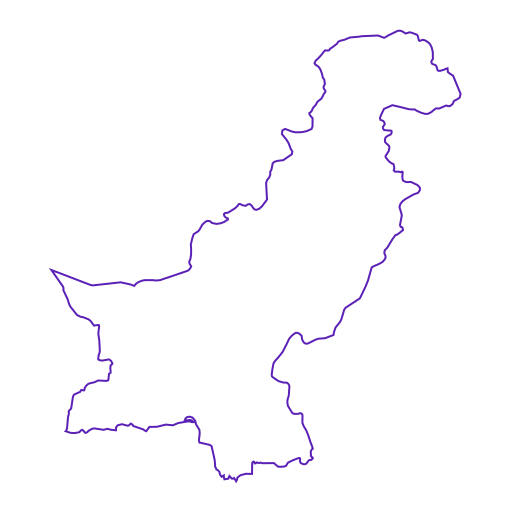 map outline of Pakistan (Equal Earth projection)
{"feature_id": "PAK", "entity_name": "Pakistan", "entity_type": "country or territory", "adm_level": 0, "iso_a3": "PAK", "parent_name": "Asia", "parent_adm1": "", "projection": "equal_earth", "projection_center": [69.806, 30.395], "detail": "fine", "context": "isolated", "style": "outline", "palette": "violet", "viewbox_px": 512, "rotation_deg": 0, "n_neighbors": 0, "source": "natural_earth", "source_scale": "50m", "svg_char_len": 5989}
<svg xmlns="http://www.w3.org/2000/svg" viewBox="0 0 512 512"><path d="M453.1,75.7L460.6,93.9L459.6,97.7L456.9,99.5L454.2,100.8L453.6,101.5L453.4,102.5L452.2,104.5L449.7,106.2L447.6,106.0L446.2,105.5L439.2,108.5L435.9,108.4L433.4,110.3L431.5,112.0L427.8,113.9L425.2,113.9L421.3,112.8L416.6,110.7L414.6,109.4L412.9,109.5L408.8,109.2L399.8,106.9L392.4,105.2L384.0,108.9L381.3,114.5L380.4,116.6L380.0,118.0L380.4,119.8L383.3,121.0L384.5,122.7L384.7,124.2L382.9,127.0L382.9,128.1L383.4,129.2L384.1,130.0L388.2,130.5L390.6,130.5L391.5,130.9L391.7,132.4L390.8,134.4L387.4,136.0L385.5,137.6L384.9,139.9L385.0,141.7L385.7,142.8L388.9,145.7L389.4,147.0L389.2,148.7L388.7,151.1L385.6,155.9L385.5,156.6L385.9,157.6L389.0,161.4L391.5,163.3L393.0,163.8L393.5,164.2L394.1,166.4L394.3,168.6L393.7,170.3L395.0,171.7L398.2,171.6L400.9,172.2L402.0,171.6L402.7,172.1L402.3,177.1L402.8,180.1L403.5,180.9L406.1,182.1L411.1,182.0L417.4,185.0L419.2,186.8L420.0,188.1L419.8,190.3L418.1,192.8L413.5,194.5L405.2,199.2L402.6,201.2L400.6,203.6L399.9,205.4L399.5,207.2L401.4,213.5L401.8,215.5L400.0,225.0L400.6,226.8L402.4,227.4L403.0,230.1L399.9,232.6L396.7,234.9L395.6,234.9L392.5,239.1L387.4,247.5L384.7,250.4L384.3,253.2L385.4,255.6L385.6,257.7L384.5,259.7L382.5,262.0L378.7,264.1L373.8,266.2L371.7,267.4L368.0,280.5L365.4,286.9L360.9,296.3L359.8,298.4L345.5,307.8L344.2,309.7L341.4,319.2L340.1,321.8L335.5,327.6L334.0,332.0L333.5,335.0L325.1,338.2L318.6,338.7L315.9,339.5L307.9,343.5L305.9,343.7L304.4,343.0L303.2,341.6L302.1,339.3L301.6,335.8L300.0,334.2L297.9,332.9L295.7,332.8L293.5,334.3L291.6,335.9L289.1,338.9L286.6,344.2L282.7,351.8L278.3,357.4L275.6,360.3L274.2,362.1L273.4,363.9L272.3,369.8L271.7,374.9L271.9,376.1L272.6,377.1L278.5,381.1L283.1,382.5L286.9,382.7L288.3,383.8L289.2,385.3L289.4,386.5L288.8,395.4L287.4,400.3L287.4,403.2L288.0,406.0L292.3,413.0L293.8,413.8L297.1,413.9L298.5,413.8L300.2,413.1L301.4,413.5L302.3,414.4L302.5,415.8L302.4,422.9L303.7,426.1L306.3,430.5L308.3,435.5L310.2,441.4L312.0,446.1L312.8,448.6L311.6,449.7L310.9,451.0L310.7,452.6L311.0,454.3L310.8,455.6L311.7,457.1L312.7,457.6L312.7,458.6L311.1,460.0L309.7,459.9L308.6,460.6L306.5,463.5L305.5,464.0L304.1,464.3L302.7,464.0L300.6,462.9L299.9,461.0L300.2,459.1L299.7,458.0L298.2,458.2L293.0,460.2L288.0,462.6L286.0,465.9L283.7,466.6L280.3,466.8L278.0,466.6L273.9,463.1L262.4,463.2L260.6,462.6L258.9,463.1L256.7,462.4L255.7,463.3L254.8,463.4L254.1,461.8L253.6,461.6L253.0,461.9L252.5,462.4L252.2,463.3L252.0,473.9L245.9,473.8L240.5,475.2L237.4,477.6L237.0,479.7L236.1,481.3L234.8,479.0L234.0,478.0L233.1,478.7L231.8,478.6L229.4,476.0L228.3,478.7L224.4,479.3L223.9,477.3L223.8,475.4L221.6,476.8L220.1,474.7L219.4,472.0L218.1,470.4L216.5,469.4L215.1,466.5L215.0,463.4L214.6,459.7L211.6,446.2L209.8,444.9L199.4,442.5L198.9,440.1L199.7,433.8L199.4,429.8L196.1,424.5L195.2,420.8L192.5,417.6L189.8,416.7L187.1,417.1L185.6,418.3L184.7,420.5L190.6,420.0L191.9,420.7L193.5,422.1L191.8,422.1L189.9,421.4L187.4,421.5L178.3,423.0L172.9,425.3L165.8,424.6L156.8,426.8L149.4,426.9L146.3,431.2L144.6,430.5L143.3,429.4L133.2,426.0L132.5,424.6L130.8,423.6L128.9,425.4L127.5,425.7L122.0,424.2L117.7,425.3L116.1,427.3L115.9,430.3L110.5,429.7L107.5,428.8L103.5,429.8L94.4,428.4L92.0,428.8L88.6,430.8L87.2,432.3L85.2,432.9L83.5,430.8L82.2,429.8L81.0,430.4L79.3,432.2L74.6,433.1L70.3,432.8L65.7,431.2L66.3,430.6L67.1,427.7L68.0,417.3L68.9,413.5L68.7,411.5L68.9,410.9L70.7,409.0L71.2,408.3L72.9,397.1L73.7,395.0L74.5,394.4L80.2,391.8L81.2,390.0L84.1,390.4L84.4,390.0L84.7,388.0L86.1,385.8L88.1,384.0L89.5,383.4L94.6,382.2L97.6,380.7L98.5,380.5L106.5,380.9L108.2,380.3L108.4,379.7L109.0,373.8L110.5,372.8L110.7,372.3L110.3,368.2L110.6,365.5L112.3,363.9L112.2,362.9L111.1,361.0L109.6,359.7L108.8,359.4L102.3,360.6L99.6,360.2L98.4,359.5L98.1,359.0L98.4,357.8L98.5,355.8L99.5,352.8L99.8,351.0L99.3,340.5L98.3,333.6L99.1,326.7L99.0,325.3L98.8,325.0L98.0,325.0L94.0,325.6L90.8,321.2L88.7,319.4L83.1,317.2L80.6,316.8L76.9,314.9L70.3,306.5L69.0,303.8L67.6,299.1L63.4,290.3L63.5,288.0L63.0,286.6L51.4,270.0L90.1,284.8L92.7,285.4L120.7,282.3L131.0,284.6L134.2,285.9L136.2,283.6L138.6,282.0L141.9,280.7L145.2,280.1L153.0,280.1L155.3,280.5L159.8,280.2L187.6,270.8L189.0,269.8L190.5,267.9L191.2,266.3L189.5,263.7L189.3,261.5L190.5,258.6L191.1,254.3L191.1,248.1L190.8,244.5L192.4,237.9L193.7,234.2L198.0,231.4L198.8,230.6L199.5,229.7L202.3,224.7L204.8,222.3L207.2,220.9L209.8,221.1L212.1,223.0L216.4,223.9L220.6,223.3L224.3,221.9L225.9,220.7L227.9,219.6L227.8,218.4L225.6,217.4L224.3,215.9L223.9,214.1L225.1,213.0L228.0,212.7L235.0,208.3L237.9,205.5L238.7,204.1L240.0,204.0L242.7,205.3L245.8,205.8L247.8,204.4L249.8,204.1L251.7,205.6L252.7,207.3L254.4,209.4L256.6,209.8L259.3,208.7L262.0,206.3L267.0,199.6L266.1,182.9L267.3,179.7L269.1,177.7L270.3,174.6L270.2,171.8L271.5,169.5L272.7,163.3L274.4,161.8L277.8,160.8L283.2,160.2L291.8,154.3L292.4,151.6L290.7,148.8L288.6,143.2L286.6,139.9L281.9,134.0L282.4,130.4L285.1,128.9L291.6,131.4L293.4,131.9L295.6,132.3L301.6,132.2L306.5,131.2L311.5,129.0L312.5,126.6L312.6,118.3L310.8,116.3L309.6,114.5L309.3,113.0L310.6,112.2L311.8,110.7L313.0,108.0L315.8,104.8L317.4,101.8L321.4,98.6L323.0,95.8L323.7,94.1L325.0,92.5L325.5,91.4L325.1,90.5L323.6,88.0L323.6,86.6L324.9,84.0L324.2,79.5L322.9,77.8L322.0,73.9L320.6,70.0L319.8,68.5L318.4,66.6L315.4,64.6L314.5,63.2L315.7,60.6L317.6,59.0L321.3,55.0L323.4,52.2L325.2,50.3L327.6,50.6L328.9,50.4L330.2,48.7L332.6,47.1L336.9,43.8L338.3,41.7L340.6,40.6L342.5,40.3L345.1,39.5L349.8,37.5L358.9,36.7L362.0,36.2L378.0,35.5L383.8,37.7L384.7,37.6L388.5,35.3L397.0,31.2L398.4,30.7L400.7,30.8L402.5,31.5L405.6,33.5L409.6,32.3L411.9,32.8L416.9,34.7L417.7,35.7L418.9,40.4L419.8,40.9L422.6,39.8L424.9,40.3L427.6,41.9L429.3,43.3L430.4,44.9L431.7,47.5L432.8,52.1L432.9,59.0L432.0,60.2L431.3,61.7L431.6,63.0L432.4,64.0L435.5,65.1L436.4,66.2L437.6,70.2L438.3,70.8L440.2,70.8L443.5,69.9L446.3,68.6L447.5,68.3L447.9,72.0L449.7,73.5L453.1,75.7Z" fill="none" stroke="#5b21b6" stroke-width="2"/></svg>